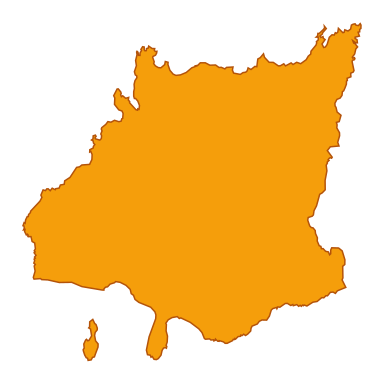 Ende, Nusa Tenggara Timur, Indonesia
{"feature_id": "22746128B46201528673681", "entity_name": "Ende", "entity_type": "district", "adm_level": 2, "iso_a3": "IDN", "parent_name": "Indonesia", "parent_adm1": "Nusa Tenggara Timur", "projection": "equal_earth", "projection_center": [121.742, -8.674], "detail": "fine", "context": "isolated", "style": "filled", "palette": "amber", "viewbox_px": 384, "rotation_deg": 0, "n_neighbors": 0, "source": "geoboundaries", "source_scale": "gbopen_adm2", "svg_char_len": 5831}
<svg xmlns="http://www.w3.org/2000/svg" viewBox="0 0 384 384"><path d="M350.9,76.8L350.7,73.2L353.2,72.1L354.0,70.6L352.1,61.6L352.5,60.3L354.4,59.7L354.9,58.6L354.4,57.6L352.8,58.1L352.3,57.2L354.7,53.9L355.8,49.0L357.6,46.9L354.9,43.5L353.7,43.1L352.8,40.7L355.9,42.9L357.4,42.8L357.0,39.6L355.1,38.5L355.1,37.2L359.4,36.1L358.1,32.2L359.7,31.8L359.7,29.4L360.9,28.5L361.0,25.1L360.2,23.6L358.4,25.6L356.0,25.2L355.1,23.8L353.1,24.2L351.4,25.1L350.6,29.1L348.0,31.0L344.8,29.8L344.1,32.3L342.9,32.7L338.4,28.3L337.8,32.1L336.4,33.3L335.3,32.7L334.3,35.0L332.0,34.8L329.3,37.3L327.1,44.5L325.4,47.0L323.7,47.5L322.0,44.0L325.1,39.6L323.3,38.2L323.0,36.6L320.8,37.5L320.0,36.0L322.4,34.0L322.6,32.8L326.3,28.6L324.4,26.2L324.6,27.7L323.5,29.4L319.1,33.5L317.9,33.4L317.6,35.8L316.2,37.1L318.3,37.2L318.2,40.0L316.4,41.6L316.7,42.9L316.0,45.1L311.0,51.2L310.7,54.1L308.3,56.1L306.2,59.7L300.7,63.7L296.7,62.3L293.0,64.5L291.1,62.9L285.5,65.9L283.8,63.8L280.3,65.8L278.4,65.9L273.3,62.4L269.1,62.3L264.5,57.3L263.5,53.8L260.2,57.7L257.8,59.0L256.8,66.7L254.9,66.4L251.0,69.5L248.1,67.9L247.2,70.8L245.7,72.2L243.0,72.6L240.3,74.4L233.6,73.1L232.4,70.1L233.0,67.0L226.5,67.4L224.9,68.9L221.2,67.3L219.0,67.5L215.6,65.0L209.9,65.2L205.3,62.8L200.3,62.8L197.8,65.3L194.4,66.0L197.6,65.6L191.8,67.8L186.2,72.5L180.4,74.9L175.9,75.4L173.1,74.1L169.9,70.3L167.9,64.4L168.1,62.3L165.3,61.5L164.7,64.6L160.9,67.8L158.3,67.6L155.4,65.9L153.7,63.6L154.2,61.8L152.7,57.5L152.9,56.5L155.5,55.2L156.6,53.2L156.9,51.3L155.3,51.5L154.3,50.3L154.7,48.6L152.1,48.5L148.7,46.1L148.2,48.1L146.5,48.6L146.3,50.6L145.0,50.8L144.2,49.9L144.2,47.0L142.6,46.7L140.9,49.4L141.5,50.5L140.0,53.1L140.0,55.4L138.5,55.3L138.0,52.2L137.0,51.3L136.6,52.0L137.0,54.7L135.6,60.5L136.4,65.7L134.4,71.7L135.3,74.9L136.7,75.8L136.9,77.7L135.0,80.6L134.1,84.3L134.4,88.6L133.7,91.6L133.7,96.2L134.4,98.5L135.6,98.5L137.8,101.1L139.5,105.5L139.0,109.3L137.8,108.8L137.6,110.2L135.9,109.7L129.6,102.8L129.7,101.6L128.3,100.0L128.7,97.4L125.7,98.3L122.7,95.8L121.4,96.7L120.6,94.6L121.2,93.6L120.8,92.0L118.3,88.9L117.1,89.0L113.7,95.7L114.8,98.0L114.5,104.4L118.8,109.9L122.0,111.0L123.1,113.5L122.7,118.4L121.7,118.9L121.2,121.1L118.9,121.7L114.5,120.3L111.0,122.2L107.9,121.6L105.8,124.4L101.8,127.6L101.3,129.0L102.0,131.0L100.8,134.0L101.6,135.7L101.3,138.6L99.8,140.1L95.4,138.8L95.1,137.6L96.1,136.4L95.4,135.1L93.2,135.8L93.0,138.9L91.5,140.0L93.1,140.9L93.5,143.1L94.8,144.5L93.4,146.4L93.2,148.0L89.8,149.7L89.7,152.0L90.8,151.4L92.1,154.5L91.9,159.5L89.6,164.4L81.8,165.0L79.6,166.8L76.6,167.4L70.0,177.4L64.7,180.8L64.2,184.3L60.4,185.0L59.1,188.1L55.7,188.7L55.2,189.7L52.2,188.2L50.2,190.7L48.2,188.8L46.7,188.9L45.5,190.6L43.1,189.9L40.9,195.1L41.9,197.4L40.0,201.1L30.6,211.2L30.4,212.6L28.6,214.5L28.3,216.5L27.2,216.6L25.6,219.9L25.1,223.3L24.1,222.6L23.0,225.7L23.9,225.9L24.3,228.1L23.5,229.9L25.0,229.5L24.6,231.5L26.3,234.9L27.4,234.2L28.2,235.2L27.7,236.0L28.2,236.7L31.0,236.6L32.1,241.5L34.7,243.0L35.4,248.9L34.2,250.8L35.1,251.9L34.1,252.8L36.0,255.3L34.5,257.1L35.3,258.2L34.1,259.1L34.7,260.7L33.8,263.1L35.3,264.4L34.2,266.0L35.1,271.1L33.3,277.4L34.0,279.1L40.6,278.6L41.6,279.6L47.8,279.9L59.3,282.5L71.7,282.3L81.9,286.6L101.9,290.0L103.9,290.1L104.0,288.8L105.5,287.2L107.6,286.8L110.1,284.1L114.6,282.7L115.6,281.6L120.1,282.3L126.0,285.3L130.2,289.4L131.2,293.6L133.5,295.3L135.0,299.4L138.9,302.4L150.7,307.2L154.9,311.8L155.9,314.9L155.7,318.7L149.1,336.8L146.4,350.1L147.5,354.7L150.3,355.2L151.0,357.2L152.3,356.5L154.0,359.3L156.4,359.6L158.3,358.6L161.0,355.2L162.1,350.4L163.5,348.1L165.3,347.6L166.4,348.2L166.8,346.4L166.1,345.4L167.2,342.0L167.5,336.1L166.1,330.9L166.4,324.5L165.8,323.3L168.2,319.8L172.0,317.6L177.3,316.6L179.3,318.5L180.8,317.9L190.2,322.3L198.8,328.8L202.0,332.6L204.4,338.5L205.4,339.2L209.6,338.9L210.9,340.0L213.7,339.8L213.9,340.9L215.3,340.3L215.5,339.1L217.7,341.2L219.1,341.3L219.2,340.6L223.5,341.9L225.1,343.3L227.2,343.3L232.6,340.6L233.3,339.3L234.5,339.5L234.9,338.5L235.6,339.1L238.1,336.6L240.6,336.3L240.8,335.1L242.2,335.5L243.7,334.2L245.5,335.5L247.6,334.2L250.7,331.0L251.0,328.4L252.1,326.1L257.3,324.0L259.3,321.3L262.0,320.0L266.7,320.1L269.4,316.1L271.3,310.0L272.8,308.6L276.4,307.5L276.9,308.7L277.8,306.9L279.9,307.2L285.2,303.5L287.4,303.4L290.8,305.5L292.8,304.5L293.3,305.7L296.8,304.6L298.7,306.3L300.2,305.3L301.3,306.3L302.5,305.1L303.4,305.7L304.1,305.0L306.9,306.0L312.9,302.2L317.1,301.5L321.8,297.6L323.8,297.8L325.9,295.7L327.5,295.8L330.4,292.3L333.1,292.1L335.4,293.4L337.4,290.8L345.8,287.4L342.1,279.9L342.9,277.9L342.7,266.3L344.8,264.5L344.9,259.8L342.2,250.9L338.6,248.0L331.7,247.8L330.7,250.1L330.7,253.8L329.6,254.8L328.4,251.9L325.6,251.3L323.1,248.6L321.4,248.7L320.9,246.4L319.2,245.7L317.2,241.0L317.4,237.8L315.5,233.5L315.2,230.5L313.1,227.9L311.2,227.5L309.7,225.9L307.7,220.1L308.2,217.5L312.2,216.2L313.4,214.9L314.0,210.7L316.5,205.9L319.7,194.3L322.2,192.9L325.2,189.8L325.1,180.4L326.9,170.9L326.2,165.2L327.4,163.1L327.2,162.1L329.0,160.5L328.1,159.8L328.9,158.6L330.1,157.7L331.6,158.2L332.2,157.2L327.3,150.6L330.3,146.8L339.0,146.0L337.7,142.3L339.6,135.8L339.5,132.7L336.8,127.9L337.1,124.9L336.4,122.4L339.2,121.6L341.0,115.3L337.1,112.0L336.0,107.3L335.1,106.0L334.9,103.3L336.9,99.4L340.1,98.1L342.0,95.4L342.4,91.7L343.7,90.8L345.0,87.9L346.4,84.2L346.5,81.2L347.0,80.5L347.4,81.1L347.1,78.3L350.9,76.8ZM94.7,323.5L92.8,319.4L89.7,321.8L89.6,326.8L88.7,327.9L90.5,329.0L91.6,335.9L89.0,340.3L87.8,340.8L86.5,339.3L85.6,340.1L83.8,344.0L84.2,348.2L83.2,349.5L83.3,350.7L84.7,355.0L86.2,357.7L87.6,358.3L88.1,360.4L91.2,359.9L92.5,357.4L94.4,356.9L95.4,354.0L94.9,353.7L95.4,354.0L98.0,347.1L98.1,343.9L95.6,340.9L94.6,335.4L95.2,332.4L97.2,329.9L97.3,328.1L96.0,324.5L94.7,323.5Z" fill="#f59e0b" stroke="#b45309" stroke-width="1.5"/></svg>